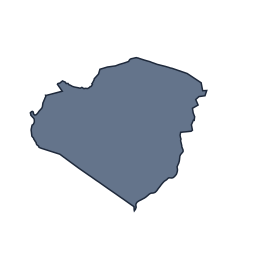 outline of Cuyamecalco Villa de Zaragoza, Oaxaca, Mexico, rotated 149°
{"feature_id": "50627088B17451896307206", "entity_name": "Cuyamecalco Villa de Zaragoza", "entity_type": "district", "adm_level": 2, "iso_a3": "MEX", "parent_name": "Mexico", "parent_adm1": "Oaxaca", "projection": "orthographic", "projection_center": [-96.852, 17.969], "detail": "fine", "context": "isolated", "style": "filled", "palette": "slate", "viewbox_px": 256, "rotation_deg": 149, "n_neighbors": 0, "source": "geoboundaries", "source_scale": "gbopen_adm2", "svg_char_len": 3057}
<svg xmlns="http://www.w3.org/2000/svg" viewBox="0 0 256 256"><g transform="rotate(149 128 128)"><path d="M121.8,192.8L125.5,189.4L130.9,187.8L131.7,187.5L132.3,186.7L135.1,185.0L136.2,184.5L136.0,183.8L137.6,182.8L138.3,182.6L139.0,183.0L140.1,182.6L142.2,182.6L144.3,184.1L145.5,184.4L146.6,186.6L148.5,186.7L150.1,188.3L152.7,190.6L154.3,192.4L155.4,194.4L156.3,195.4L156.5,197.1L158.1,198.0L158.1,199.5L159.9,202.1L163.6,201.6L164.6,202.1L165.3,202.2L166.0,201.8L165.4,193.4L181.1,198.0L181.8,198.5L182.3,197.3L183.8,196.4L184.7,195.6L185.8,194.9L186.8,194.1L188.0,193.3L189.0,192.1L189.7,191.2L190.4,190.4L190.5,190.2L192.2,189.1L193.3,189.0L194.4,188.5L195.7,188.2L196.5,187.8L197.3,187.4L198.9,186.9L199.9,186.7L201.2,187.0L201.7,188.2L201.5,189.2L201.2,189.9L201.0,190.7L201.3,191.4L202.1,191.7L203.8,191.4L204.2,190.5L204.3,189.7L204.7,188.9L204.4,187.6L204.2,186.5L203.9,185.2L203.8,184.3L204.3,182.9L204.9,182.0L205.1,181.4L206.2,180.6L207.5,179.8L208.6,179.9L209.4,179.2L209.8,178.8L210.3,178.2L211.0,177.5L212.1,176.2L212.9,174.3L213.6,172.8L214.6,170.5L214.4,169.1L214.2,168.2L214.3,167.4L214.5,166.7L214.4,166.0L214.4,164.7L214.4,163.8L214.2,162.9L214.6,162.1L214.8,160.8L214.6,160.1L214.0,158.6L214.2,157.2L212.8,155.3L199.9,140.6L197.9,135.7L190.8,118.7L186.8,109.8L185.6,107.1L185.1,106.1L184.4,104.6L183.6,102.7L183.4,102.3L182.1,99.3L180.8,96.6L178.3,90.9L177.5,89.1L176.1,85.9L175.9,85.5L172.5,78.0L171.8,76.4L170.5,73.5L170.3,73.0L168.6,69.3L165.1,61.3L163.4,57.6L164.3,55.7L164.9,54.7L165.2,53.8L163.5,54.5L161.8,55.9L161.4,56.9L160.9,58.0L160.3,58.7L159.4,59.3L158.2,59.8L155.8,59.9L154.1,59.7L151.4,59.6L150.1,59.5L148.3,59.6L147.0,59.8L145.7,60.0L144.8,60.2L144.5,60.3L142.8,60.4L141.9,60.2L141.3,60.1L140.2,59.4L139.8,59.3L139.2,59.1L137.8,58.9L137.5,59.0L136.4,59.2L135.8,59.4L134.7,59.8L133.7,60.3L132.7,60.7L131.9,61.0L130.1,61.7L129.4,62.0L128.7,62.3L126.4,63.1L124.2,63.7L123.0,63.7L121.4,63.8L119.9,64.2L118.8,64.3L117.9,63.8L116.8,63.0L116.0,62.5L114.6,62.2L112.9,62.5L111.4,63.0L110.4,63.4L109.5,64.1L108.7,64.8L108.0,65.5L107.2,66.5L106.7,67.5L106.3,68.6L105.9,69.5L104.6,70.4L103.5,71.2L102.7,71.7L101.1,73.2L100.5,73.9L99.8,74.8L98.9,76.0L98.1,77.1L96.7,78.1L94.9,78.7L93.4,79.2L92.9,79.5L92.6,79.9L92.1,80.9L91.9,82.2L91.7,83.2L91.6,84.1L91.1,85.0L90.6,86.4L90.2,87.6L89.7,89.3L89.2,90.4L88.3,91.2L87.9,92.8L87.1,95.0L85.1,97.2L84.7,97.0L82.7,96.1L80.9,95.2L75.6,92.7L73.9,92.9L72.0,98.1L67.8,101.1L67.3,100.5L65.0,103.4L65.0,103.8L64.5,106.6L64.3,107.5L62.6,111.7L56.7,111.6L56.1,111.6L55.7,114.3L55.3,117.5L51.0,118.4L49.2,117.6L45.4,116.0L41.2,119.6L44.8,121.5L42.0,129.1L49.2,144.2L59.1,156.0L60.0,157.0L60.5,157.3L61.8,158.9L63.4,160.6L64.2,161.5L64.3,161.6L65.2,162.5L70.2,167.5L72.6,170.5L73.9,172.0L74.3,172.6L75.4,174.0L76.3,174.9L77.8,176.5L79.1,177.9L80.5,179.5L82.7,182.0L83.0,182.5L83.4,182.8L84.7,184.1L88.7,185.4L89.2,185.6L90.1,185.8L90.9,185.8L92.1,185.4L93.2,184.7L97.9,185.7L102.8,187.0L106.8,187.7L107.0,187.8L114.3,190.9L121.8,192.8Z" fill="#64748b" stroke="#1e293b" stroke-width="1.5"/></g></svg>